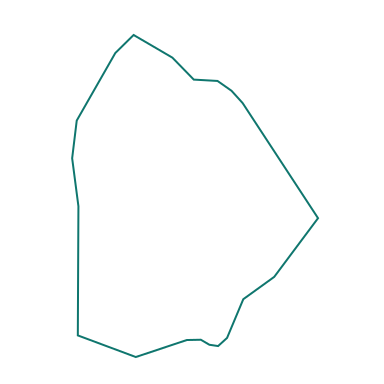 the border of Ribnica na Pohorju, rotated 86°
{"feature_id": "SVN-257", "entity_name": "Ribnica na Pohorju", "entity_type": "Municipality", "adm_level": 1, "iso_a3": "SVN", "parent_name": "Slovenia", "parent_adm1": "", "projection": "equal_earth", "projection_center": [15.263, 46.533], "detail": "fine", "context": "isolated", "style": "outline", "palette": "teal", "viewbox_px": 384, "rotation_deg": 86, "n_neighbors": 0, "source": "natural_earth", "source_scale": "10m", "svg_char_len": 409}
<svg xmlns="http://www.w3.org/2000/svg" viewBox="0 0 384 384"><g transform="rotate(86 192 192)"><path d="M226.9,68.1L282.4,115.9L302.5,148.3L340.0,167.2L347.5,176.7L345.6,185.3L340.0,193.5L339.3,207.5L352.7,259.6L327.1,315.9L198.3,306.3L150.0,309.2L112.7,302.0L48.0,258.8L31.3,239.3L56.6,202.2L80.0,182.4L83.0,158.8L93.8,145.5L106.8,135.3L226.9,68.1Z" fill="none" stroke="#0f766e" stroke-width="2"/></g></svg>